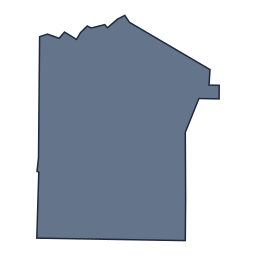 Jefferson, Pennsylvania, United States of America
{"feature_id": "52423323B89311736778366", "entity_name": "Jefferson", "entity_type": "district", "adm_level": 2, "iso_a3": "USA", "parent_name": "United States of America", "parent_adm1": "Pennsylvania", "projection": "albers", "projection_center": [-79.001, 41.141], "detail": "fine", "context": "isolated", "style": "filled", "palette": "slate", "viewbox_px": 256, "rotation_deg": 0, "n_neighbors": 0, "source": "geoboundaries", "source_scale": "gbopen_adm2", "svg_char_len": 412}
<svg xmlns="http://www.w3.org/2000/svg" viewBox="0 0 256 256"><path d="M80.6,32.5L76.5,39.4L64.5,32.1L59.1,38.3L47.5,34.1L39.6,36.7L38.5,157.9L37.0,171.4L38.8,172.1L36.8,238.1L185.3,240.6L185.6,198.6L185.3,132.3L198.9,98.5L219.1,98.9L219.2,85.3L209.0,85.1L210.0,69.6L129.4,22.3L124.8,15.4L117.4,19.2L107.4,27.8L104.8,24.6L91.3,28.0L87.2,26.0L80.6,32.5Z" fill="#64748b" stroke="#1e293b" stroke-width="1.5"/></svg>